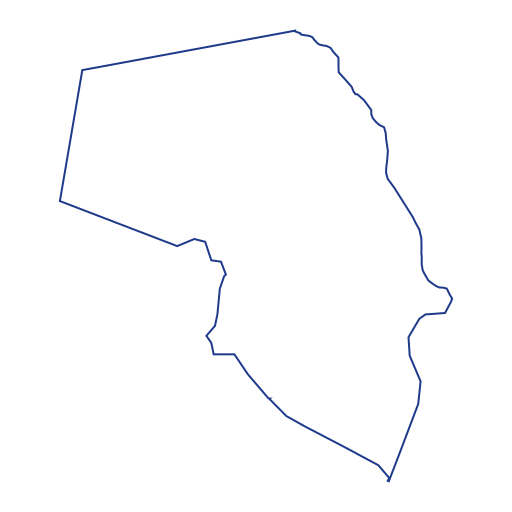 Descolons, Soufrière, Saint Lucia (Natural Earth projection)
{"feature_id": "8701671B18221439700807", "entity_name": "Descolons", "entity_type": "district", "adm_level": 2, "iso_a3": "LCA", "parent_name": "Saint Lucia", "parent_adm1": "Soufrière", "projection": "natural_earth1", "projection_center": [-61.022, 13.861], "detail": "fine", "context": "isolated", "style": "outline", "palette": "blue", "viewbox_px": 512, "rotation_deg": 0, "n_neighbors": 0, "source": "geoboundaries", "source_scale": "gbopen_adm2", "svg_char_len": 1509}
<svg xmlns="http://www.w3.org/2000/svg" viewBox="0 0 512 512"><path d="M294.8,30.7L293.8,30.9L187.1,50.7L82.3,70.1L59.9,201.1L177.2,246.1L194.3,239.0L196.6,239.6L205.2,241.8L211.3,260.3L221.0,261.7L225.9,274.6L224.1,276.3L219.8,288.8L217.4,314.4L215.0,325.8L206.4,335.8L211.3,342.9L213.7,354.3L234.4,354.3L247.8,374.2L265.5,394.9L268.5,398.4L269.0,398.5L269.5,398.5L269.2,398.7L286.4,416.1L305.4,426.7L343.4,446.5L378.3,465.2L388.9,477.6L389.3,478.1L387.7,480.8L388.3,481.1L388.8,481.3L398.9,455.1L418.2,404.0L419.4,392.8L420.6,381.4L413.9,365.6L409.7,355.7L408.5,337.2L419.4,318.7L419.6,318.6L425.5,314.4L429.0,314.2L445.0,313.0L446.3,310.6L451.1,301.6L451.7,299.8L452.1,298.5L449.7,294.6L446.8,288.6L442.9,287.6L439.4,287.5L436.9,286.4L436.0,286.0L435.8,285.8L433.0,284.0L429.9,281.7L428.3,280.4L424.5,273.8L422.7,270.3L422.3,268.0L421.7,264.5L421.7,258.8L421.8,257.0L421.4,253.6L421.5,246.2L421.4,245.6L421.5,244.2L421.3,238.1L419.3,229.5L415.7,223.0L412.7,216.9L394.3,187.8L387.7,178.8L386.1,173.0L386.2,168.3L387.1,160.9L387.9,151.0L386.2,139.5L385.7,133.1L384.1,127.3L379.4,125.0L376.1,122.1L372.8,118.2L371.4,114.7L371.2,109.9L364.1,100.3L357.4,94.3L355.5,94.2L353.6,91.7L351.7,86.9L343.7,77.8L338.7,72.3L338.5,67.5L338.5,65.9L338.5,65.6L338.5,61.7L338.5,59.8L338.3,57.3L335.8,54.7L333.0,51.5L330.6,47.9L326.7,46.0L323.9,45.6L319.5,44.6L317.5,43.3L314.8,40.4L312.3,37.2L310.1,36.2L308.7,35.8L302.0,34.8L300.5,34.2L300.4,33.3L294.6,31.2L294.8,30.7Z" fill="none" stroke="#1e3a8a" stroke-width="2"/></svg>